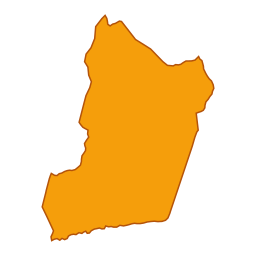 Angico, Tocantins, Brazil
{"feature_id": "56859067B97265145915421", "entity_name": "Angico", "entity_type": "district", "adm_level": 2, "iso_a3": "BRA", "parent_name": "Brazil", "parent_adm1": "Tocantins", "projection": "orthographic", "projection_center": [-47.92, -6.424], "detail": "fine", "context": "isolated", "style": "filled", "palette": "amber", "viewbox_px": 256, "rotation_deg": 0, "n_neighbors": 0, "source": "geoboundaries", "source_scale": "gbopen_adm2", "svg_char_len": 1821}
<svg xmlns="http://www.w3.org/2000/svg" viewBox="0 0 256 256"><path d="M79.1,122.3L80.8,124.8L82.9,127.3L85.0,128.5L88.0,130.1L87.6,134.0L88.7,137.1L86.3,140.5L84.5,143.5L84.9,145.8L85.7,148.0L85.5,150.6L83.9,153.1L82.0,155.8L81.5,159.1L81.4,161.6L80.4,165.2L77.8,167.5L75.2,169.6L71.9,170.5L69.6,170.2L67.2,170.6L64.6,171.5L61.7,173.1L59.2,173.7L57.1,175.5L54.7,175.4L51.3,173.4L50.4,175.6L49.4,178.5L46.3,190.2L45.8,192.6L42.2,206.9L46.8,216.4L53.5,230.8L52.6,233.4L51.0,236.8L51.7,240.6L54.4,239.2L57.1,238.6L59.8,240.2L62.0,238.4L64.7,239.6L67.2,238.5L68.5,236.0L70.9,234.7L73.5,234.2L76.0,234.6L78.9,232.7L81.9,233.4L83.6,232.1L85.7,231.2L87.2,233.3L89.4,233.0L91.3,230.7L94.3,229.1L96.9,228.6L99.4,228.0L101.9,228.9L104.3,228.7L105.7,226.0L108.6,226.8L111.2,226.5L113.5,227.1L116.8,227.1L119.9,225.3L123.5,225.9L126.5,225.3L129.2,224.6L131.7,223.8L134.4,223.3L137.1,223.6L140.0,223.6L143.7,223.0L147.1,222.0L150.9,221.5L154.3,221.2L157.8,221.6L162.0,221.4L165.5,220.3L167.9,218.0L169.8,213.4L170.5,211.1L190.8,150.5L192.3,146.0L194.0,140.1L194.9,137.1L196.8,132.0L198.2,130.2L196.2,113.2L198.6,112.3L201.1,111.5L203.3,110.3L204.8,107.9L205.0,105.3L205.9,101.9L208.3,99.1L209.8,96.6L211.9,94.1L212.5,91.3L213.8,88.4L213.2,84.8L211.5,81.0L209.2,78.8L207.3,76.1L205.7,73.3L204.6,71.0L203.6,69.0L203.4,66.1L202.6,63.1L201.9,60.6L199.8,59.0L198.6,56.5L196.6,58.5L195.0,60.1L191.7,60.9L188.7,61.0L186.0,61.0L183.2,62.6L180.8,64.3L178.4,64.9L175.6,64.6L173.2,65.9L170.2,65.6L167.5,65.4L162.9,61.7L150.6,49.0L135.5,39.5L121.5,21.5L119.4,21.1L117.5,22.2L115.4,23.4L112.7,24.1L110.1,25.9L107.8,24.3L107.4,21.3L106.8,18.4L105.1,15.4L101.9,18.6L95.7,26.6L94.7,38.6L91.0,47.8L86.1,54.1L84.6,61.7L87.9,67.1L88.7,75.1L91.4,81.7L89.8,87.6L86.0,95.6L83.8,104.0L79.1,122.3Z" fill="#f59e0b" stroke="#b45309" stroke-width="1.5"/></svg>